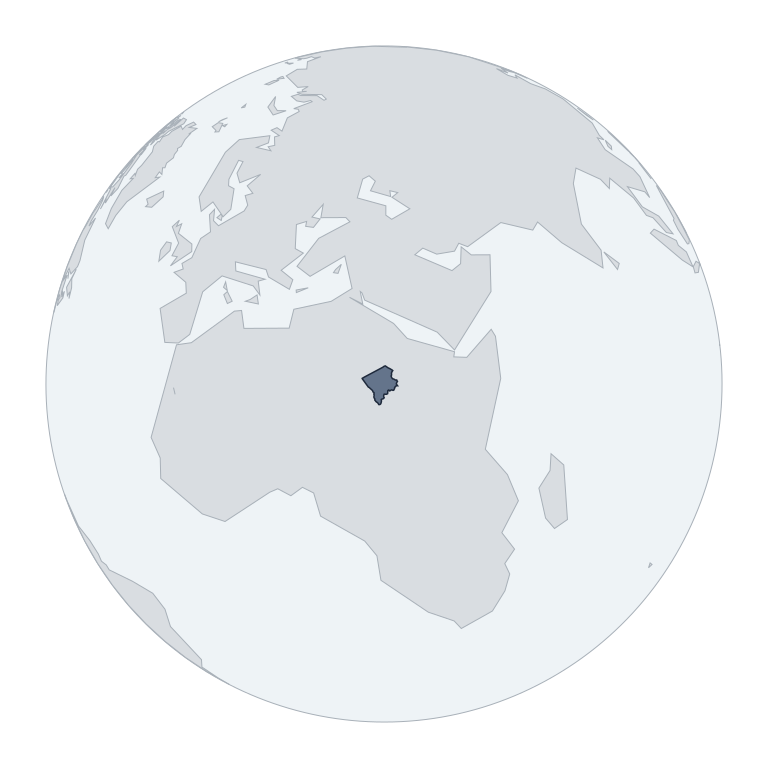 the Earth from above North Kordufan, rotated 330°
{"feature_id": "SDN-883", "entity_name": "North Kordufan", "entity_type": "State", "adm_level": 1, "iso_a3": "SDN", "parent_name": "Sudan", "parent_adm1": "", "projection": "orthographic", "projection_center": [29.791, 14.01], "detail": "fine", "context": "on_globe", "style": "filled", "palette": "slate", "viewbox_px": 768, "rotation_deg": 330, "n_neighbors": 0, "source": "natural_earth", "source_scale": "10m", "svg_char_len": 10799}
<svg xmlns="http://www.w3.org/2000/svg" viewBox="0 0 768 768"><g transform="rotate(330 384 384)"><circle cx="384" cy="384" r="338" fill="#eef3f6" stroke="#a8b0b8"/><path d="M286.5,60.5L286.0,60.6L278.4,63.0L283.9,61.4L291.2,59.3L296.1,58.1L296.0,58.4L286.2,61.1L284.8,61.4L281.9,62.4L277.0,63.8L279.3,63.3L267.5,67.3L278.9,64.1L269.2,67.9L261.4,70.5L262.7,69.2L254.8,71.7L286.5,60.5ZM187.9,108.8L189.1,108.0L199.9,100.6L205.2,97.8L217.8,90.2L221.8,88.4L234.6,82.0L232.1,84.4L222.7,90.6L211.9,96.4L207.5,99.7L217.2,96.0L196.8,109.8L182.5,125.0L177.3,129.1L167.9,132.1L169.1,126.4L156.9,134.3L164.1,131.2L150.9,143.0L148.5,146.2L148.8,147.3L153.6,143.9L148.9,148.9L140.1,152.8L144.1,148.3L146.9,146.8L147.4,144.6L141.3,149.2L135.1,155.8L133.7,157.0L150.6,139.7L168.7,123.6L187.9,108.8ZM52.3,319.3L52.1,320.7L51.4,324.3L48.4,354.2L51.0,372.6L51.6,388.6L50.7,396.2L53.0,401.8L53.1,407.6L67.3,428.7L79.1,449.6L81.7,469.5L77.8,487.3L88.1,531.5L84.8,538.1L93.3,555.4L99.8,566.8L86.7,544.6L75.3,521.4L65.7,497.4L58.0,472.8L52.1,447.7L48.2,422.1L46.3,396.4L46.3,370.6L48.4,344.9L52.3,319.3ZM235.1,81.2L234.8,81.6L232.6,82.6L235.1,81.2ZM241.0,78.4L238.6,79.2L241.0,78.0L242.4,77.5L241.0,78.4ZM243.3,77.7L245.6,75.9L249.9,73.9L258.9,70.5L243.3,77.7ZM293.6,58.5L285.8,60.8L292.4,58.8L293.6,58.5ZM328.4,50.7L320.0,52.2L312.8,53.7L317.9,52.7L296.6,57.6L298.6,57.0L328.4,50.7ZM298.5,57.5L300.2,56.8L310.2,54.5L308.7,55.4L305.9,55.8L298.5,57.5ZM337.7,49.3L329.3,50.5L329.7,50.5L337.7,49.3ZM303.6,56.5L307.7,56.0L302.9,57.6L297.6,58.0L303.6,56.5ZM313.4,53.7L318.1,52.7L315.0,53.5L313.4,53.7ZM288.1,64.1L289.9,62.7L295.2,61.2L288.1,64.1ZM309.5,55.8L311.2,55.3L313.5,54.7L315.1,54.8L309.5,55.8ZM331.2,50.4L330.2,50.7L337.7,49.4L338.9,49.5L328.2,51.2L333.3,50.5L333.7,50.6L324.6,52.0L331.2,50.4ZM323.7,53.5L310.5,56.6L306.1,59.1L301.2,60.3L309.2,56.1L323.7,53.5ZM325.0,52.4L323.1,53.3L318.0,54.0L316.2,53.9L325.0,52.4ZM343.6,49.2L344.5,48.5L346.7,48.3L343.6,49.2ZM323.4,54.0L326.6,53.3L323.7,54.1L323.4,54.0ZM338.5,50.3L338.5,50.0L341.1,49.7L338.5,50.3ZM332.9,52.5L328.7,53.3L327.3,53.1L332.9,52.5ZM336.3,51.4L339.9,51.0L329.3,52.5L335.8,51.2L336.3,51.4ZM341.0,50.1L342.5,49.8L340.6,50.3L341.0,50.1ZM340.5,53.3L327.6,55.3L324.6,54.5L337.6,52.6L340.5,53.3ZM541.4,85.0L544.7,86.8L572.2,103.8L569.7,101.7L569.9,101.8L596.4,121.2L620.9,143.0L641.4,165.8L650.8,176.7L656.9,184.7L661.0,190.9L652.2,179.1L648.9,176.1L643.3,169.1L646.9,176.7L639.1,167.1L645.7,178.7L652.2,185.6L652.0,181.7L661.1,197.1L671.3,209.2L681.6,226.6L694.8,262.2L694.8,276.3L696.6,282.5L691.9,277.5L692.7,291.7L707.2,322.3L709.3,332.4L707.3,355.4L706.0,348.0L693.5,334.8L696.3,359.7L705.9,376.0L709.4,398.5L704.3,394.0L700.1,374.5L695.6,369.2L693.2,347.7L682.4,318.6L676.9,327.4L673.8,314.9L658.2,293.0L648.2,305.1L634.9,344.2L638.9,376.7L631.7,393.0L608.6,350.5L598.0,320.5L589.8,325.1L565.9,302.6L525.1,306.9L519.1,299.5L511.5,304.2L494.6,297.9L485.5,285.7L475.3,287.5L499.6,319.8L510.5,318.1L519.4,303.8L524.1,315.8L540.4,325.1L522.9,357.4L462.1,389.8L456.0,365.7L409.2,301.7L410.5,294.3L410.3,293.5L409.7,292.0L405.6,304.1L397.5,291.7L422.6,336.4L426.9,356.2L461.2,391.3L458.0,395.4L469.0,402.3L504.2,390.2L504.4,398.4L487.9,437.5L439.1,491.2L445.6,524.2L442.0,552.3L411.7,571.7L414.5,592.3L398.8,599.9L397.9,611.4L385.3,623.6L364.4,634.8L328.7,634.4L326.3,624.3L308.3,603.8L283.2,552.5L292.0,529.2L288.8,510.4L263.0,466.7L268.6,443.2L261.7,432.7L247.5,434.2L239.6,421.6L231.0,420.6L177.6,423.6L161.7,405.7L143.4,354.2L153.2,336.2L155.6,313.8L223.9,246.3L237.8,251.9L290.9,246.1L297.4,249.1L290.5,265.8L329.8,288.2L343.3,274.2L379.6,286.0L404.1,285.3L414.1,253.5L373.8,253.8L367.5,238.6L400.3,225.2L435.6,226.5L434.2,220.8L412.5,208.4L421.2,198.0L405.1,203.4L411.2,209.1L401.2,213.1L395.0,208.3L398.3,204.5L387.9,202.1L374.8,222.4L379.6,230.3L351.8,234.1L357.2,248.1L349.4,254.7L337.5,233.6L339.1,225.9L316.4,203.9L312.2,212.0L333.4,233.8L326.5,232.0L321.0,244.9L319.8,233.7L297.8,209.4L273.1,213.5L240.6,243.9L226.4,245.7L215.0,238.4L227.9,206.6L258.2,206.5L263.2,196.8L258.0,182.3L267.6,184.0L269.3,178.6L280.8,178.5L298.0,166.3L309.8,165.5L317.5,150.1L324.6,148.0L318.0,157.4L319.8,164.2L349.4,164.2L355.4,161.0L358.0,151.4L365.8,153.3L364.6,144.0L382.0,140.8L359.7,137.6L362.1,127.9L373.1,120.9L369.9,117.6L352.0,129.2L348.5,134.6L351.8,139.9L338.7,156.1L328.3,158.7L326.9,140.8L312.0,143.1L317.4,129.5L362.5,104.0L380.9,100.0L409.3,111.9L404.5,117.4L391.9,115.4L402.7,125.5L402.3,120.6L408.7,122.7L412.7,115.3L417.5,116.5L413.2,107.8L419.5,108.5L422.1,114.0L433.4,105.2L446.8,105.6L447.1,103.2L443.5,100.4L462.9,103.6L462.2,101.8L455.6,99.9L450.0,95.2L447.6,88.6L454.4,90.1L456.2,92.6L470.2,100.8L473.9,108.3L476.5,108.4L474.8,102.3L457.8,92.1L454.4,87.9L463.3,91.9L459.8,90.0L460.2,88.5L467.1,88.5L457.6,84.0L453.4,68.3L466.2,68.1L474.6,72.6L478.9,66.6L493.0,69.0L486.9,67.0L484.8,64.2L480.3,63.3L477.2,62.2L469.8,57.3L473.4,58.1L472.8,58.0L496.3,65.3L519.2,74.3L541.4,85.0ZM199.9,281.9L197.9,288.5L199.9,281.9ZM473.0,245.2L494.0,245.2L484.3,226.3L491.6,225.1L485.7,219.5L483.5,225.0L468.9,209.9L477.9,204.0L475.2,196.2L468.0,195.9L453.9,209.5L474.7,230.6L470.0,238.7L473.0,245.2ZM52.1,320.7L51.4,325.4L51.5,324.1L52.1,320.7ZM151.5,142.7L152.0,142.6L151.3,144.6L149.4,145.6L151.5,142.7ZM161.6,144.4L153.9,152.5L158.0,147.0L153.9,149.3L157.5,141.5L174.9,130.8L166.3,136.7L161.6,144.4ZM167.1,129.4L162.9,134.7L166.8,129.3L167.1,129.4ZM266.8,152.2L270.3,155.5L265.4,161.4L250.4,165.1L257.4,156.4L266.8,152.2ZM276.6,159.3L279.3,141.9L288.7,139.8L283.0,143.8L288.9,144.1L281.3,150.7L287.6,166.7L283.7,173.2L258.1,174.9L268.6,170.4L264.5,166.9L276.6,159.3ZM269.6,110.3L270.9,105.2L289.7,106.8L286.3,111.5L271.2,114.8L266.2,111.2L269.6,110.3ZM258.8,73.1L258.1,72.8L260.8,71.8L263.6,71.2L258.8,73.1ZM288.5,63.5L264.8,74.1L262.7,74.0L251.3,81.6L241.5,84.6L249.2,79.4L233.1,88.0L236.2,84.6L225.9,90.7L244.2,78.8L246.3,76.8L247.6,77.7L256.6,74.8L261.1,72.9L275.4,66.7L284.4,62.0L294.7,59.3L299.6,58.6L299.0,59.3L292.5,60.7L296.4,60.6L286.5,63.2L288.5,63.5ZM350.9,65.3L343.6,64.4L349.8,69.1L339.9,69.9L341.3,70.5L333.9,72.8L327.2,76.8L322.9,76.8L322.1,78.5L317.2,80.4L314.8,82.8L306.1,84.0L302.4,87.2L300.4,86.0L296.4,91.5L295.5,88.0L289.1,90.9L293.3,92.7L252.4,97.6L236.0,103.9L222.8,111.6L223.0,105.9L235.6,95.7L253.8,85.2L269.6,80.6L266.8,79.4L273.6,77.1L272.9,79.0L278.0,74.8L283.3,73.5L299.5,67.1L303.5,62.9L309.5,61.0L310.6,62.0L315.8,59.4L322.1,60.3L326.5,59.1L337.2,59.3L336.8,62.8L341.8,61.3L350.1,62.0L350.9,65.3ZM343.3,53.4L345.1,56.3L340.7,58.5L324.0,57.5L319.1,58.4L308.3,58.8L315.1,55.9L317.5,55.9L321.5,55.4L317.8,56.5L323.7,55.2L327.3,55.4L332.9,54.6L332.0,55.7L343.3,53.4ZM305.3,243.0L310.4,243.9L318.6,243.4L315.2,251.9L305.3,243.0ZM289.9,226.6L294.6,225.6L293.9,236.4L288.6,236.0L289.9,226.6ZM297.9,216.4L295.0,224.7L293.4,220.0L297.9,216.4ZM322.5,156.4L327.6,155.4L327.9,157.6L324.8,161.0L322.5,156.4ZM367.1,83.0L363.6,81.2L365.3,80.4L363.9,75.3L371.1,74.8L374.7,77.7L367.1,83.0ZM406.9,259.0L399.5,265.2L395.9,262.3L399.2,260.7L406.9,259.0ZM354.9,258.7L366.5,262.8L353.8,261.0L354.9,258.7ZM374.7,81.6L373.3,79.4L377.7,80.6L374.7,81.6ZM376.2,74.3L381.6,75.2L371.8,74.2L376.2,74.3ZM525.0,672.0L525.9,674.3L521.2,675.4L525.0,672.0ZM499.2,544.0L475.1,593.1L459.4,594.4L456.9,580.9L466.1,551.6L484.6,541.9L493.8,527.9L499.2,544.0ZM717.6,438.0L717.3,439.8L717.9,436.0L718.0,435.6L717.6,438.0ZM717.5,437.5L712.1,444.5L708.9,443.3L710.5,437.0L715.6,433.7L717.5,437.5ZM710.2,437.1L704.3,425.8L690.1,386.5L695.3,384.9L708.9,405.9L708.2,411.1L711.9,420.8L710.2,437.1ZM721.3,397.1L720.4,412.1L718.2,414.9L716.8,414.4L715.9,397.0L716.5,386.9L717.9,385.7L719.1,348.2L720.4,354.0L721.1,369.0L721.8,380.0L721.3,397.1ZM640.4,379.5L648.0,397.2L643.5,401.6L640.4,379.5ZM716.2,324.1L718.0,340.0L715.3,319.8L716.2,324.1ZM712.6,305.9L714.2,312.6L712.6,306.9L712.6,305.9ZM699.8,291.7L698.4,294.9L696.8,290.2L697.5,283.5L699.8,291.7ZM689.4,241.7L695.4,255.2L697.3,260.1L693.8,252.6L689.4,241.7ZM433.9,80.8L427.9,87.8L428.3,93.9L435.9,98.4L422.5,95.6L421.9,86.1L433.9,80.8ZM450.3,69.3L443.5,66.4L448.1,66.5L450.2,67.1L450.3,69.3ZM445.1,68.4L433.8,67.4L431.0,65.0L440.5,66.2L445.1,68.4ZM404.2,72.7L401.9,74.6L398.4,73.5L404.2,72.7ZM693.8,518.9L694.5,517.3L694.7,516.8L693.8,518.9ZM721.3,405.1L721.5,401.5L721.9,383.1L721.3,405.1ZM715.3,317.4L716.1,321.5L714.4,313.5L714.5,313.5L715.3,317.4ZM712.8,306.1L712.0,304.3L704.4,278.7L704.2,276.8L710.1,296.1L712.1,303.1L712.8,306.1ZM474.8,61.8L470.9,60.4L473.3,60.6L474.8,61.8ZM461.4,57.0L461.5,57.8L458.6,56.4L461.4,57.0ZM462.1,59.9L460.2,57.8L466.1,60.8L462.1,59.9Z" fill="#d9dde1" stroke="#a8b0b8" stroke-width="1"/><path d="M383.9,391.8L382.3,394.2L382.2,394.2L381.9,394.1L381.6,394.1L381.4,394.2L380.9,394.1L380.5,393.8L380.1,393.6L379.7,393.3L379.3,393.0L379.1,392.9L378.9,392.9L378.8,393.0L378.5,393.3L378.3,393.6L378.0,393.8L377.9,393.9L377.7,394.2L377.5,394.7L377.3,395.3L377.3,395.6L377.3,395.8L377.3,396.0L377.1,396.1L376.8,396.2L376.1,396.3L375.7,396.4L375.3,396.2L375.0,396.1L374.6,396.1L374.3,396.0L374.1,396.0L373.8,396.1L373.7,396.4L373.7,396.6L373.5,397.0L373.2,397.5L373.0,397.9L372.8,398.1L372.5,398.4L372.1,398.8L371.8,399.1L371.6,399.3L371.3,399.5L371.0,399.6L370.6,399.7L370.0,399.7L369.5,399.4L369.2,399.2L369.2,397.7L369.0,396.8L368.6,396.1L368.6,395.9L368.6,395.7L368.2,395.2L368.2,394.7L368.2,394.4L368.0,393.6L368.0,393.4L368.4,392.8L368.5,392.3L368.6,392.2L368.5,391.4L368.6,390.6L368.8,390.1L369.7,389.0L369.8,388.8L369.9,388.7L370.1,388.4L370.1,387.9L370.1,387.7L370.8,387.0L370.9,386.9L371.0,386.5L371.0,386.3L370.9,386.1L370.6,385.5L370.5,385.4L370.8,384.0L370.0,381.5L369.4,379.6L369.1,379.1L368.9,378.9L367.8,368.4L367.9,368.2L370.9,368.2L371.0,368.2L391.2,368.9L393.1,368.7L393.4,368.8L394.2,369.0L395.7,372.2L396.6,373.4L397.8,375.5L398.0,375.8L398.3,376.8L396.5,377.6L396.4,377.7L396.4,377.8L396.4,378.0L395.7,378.6L395.1,380.0L394.8,380.2L394.6,380.3L394.4,380.4L394.3,380.5L394.1,380.8L394.0,381.2L393.9,382.0L393.9,382.8L394.0,383.3L394.1,383.6L394.2,383.9L394.2,384.0L394.3,384.1L394.6,384.3L394.9,384.5L395.0,384.6L395.4,385.5L395.8,386.1L396.0,386.3L396.1,386.5L396.3,386.7L396.5,386.8L396.8,386.9L397.0,386.9L397.0,387.0L396.8,387.6L396.8,387.8L396.9,388.0L397.0,388.2L397.0,388.3L396.9,388.3L396.8,388.5L396.3,388.8L395.4,389.4L394.8,389.9L394.7,390.1L394.7,390.4L394.9,392.3L393.8,391.7L393.6,391.7L393.3,391.7L392.7,392.1L392.4,392.2L392.0,392.1L391.8,392.2L391.6,392.2L391.5,392.3L391.3,392.5L391.0,393.1L390.9,393.2L390.7,393.4L390.5,393.5L390.2,393.6L389.9,393.7L389.7,394.0L389.4,394.2L389.1,394.2L388.8,394.1L388.6,394.0L388.4,393.8L387.9,393.1L387.6,392.9L387.2,392.8L385.7,392.9L385.4,392.8L385.3,392.7L385.3,392.0L385.3,391.9L385.2,391.7L384.9,391.5L384.7,391.5L384.3,391.6L384.1,391.6L383.9,391.8Z" fill="#64748b" stroke="#1e293b" stroke-width="1.5"/></g></svg>